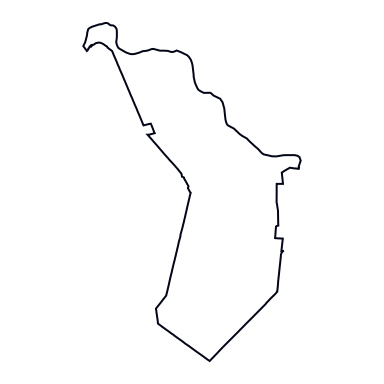 the district of Sanpetru Mare, Timis, Romania
{"feature_id": "2599482B83892227967248", "entity_name": "Sanpetru Mare", "entity_type": "district", "adm_level": 2, "iso_a3": "ROU", "parent_name": "Romania", "parent_adm1": "Timis", "projection": "mercator", "projection_center": [20.765, 46.07], "detail": "fine", "context": "isolated", "style": "outline", "palette": "ink", "viewbox_px": 384, "rotation_deg": 0, "n_neighbors": 0, "source": "geoboundaries", "source_scale": "gbopen_adm2", "svg_char_len": 4662}
<svg xmlns="http://www.w3.org/2000/svg" viewBox="0 0 384 384"><path d="M216.9,353.5L218.9,351.3L222.7,347.3L227.5,342.5L230.2,339.8L235.2,334.8L236.6,333.4L238.8,331.2L239.8,330.1L240.7,329.2L242.6,327.3L245.7,324.1L251.0,318.8L262.7,307.0L265.3,304.4L265.7,303.9L266.6,302.7L267.6,301.7L270.8,298.3L275.3,293.9L276.3,292.8L276.5,292.4L276.8,291.9L277.1,291.1L277.3,291.2L278.1,283.1L278.1,281.9L278.8,275.7L279.6,267.9L280.3,261.7L281.0,254.5L281.2,253.8L281.8,252.5L282.0,252.3L282.3,252.0L282.3,251.9L282.8,251.3L283.9,250.8L281.4,251.1L282.8,238.6L275.6,238.2L275.1,238.1L275.4,234.6L276.0,226.6L276.7,226.0L278.3,225.6L278.2,223.4L278.0,210.8L277.4,206.9L276.9,203.6L276.6,202.6L276.7,183.9L283.0,183.9L281.8,172.6L284.1,171.1L284.5,170.8L289.9,167.7L294.4,168.4L294.8,168.5L295.1,168.5L295.5,168.4L298.7,168.9L298.9,168.4L299.1,167.4L299.0,167.2L298.8,167.1L298.6,166.9L299.5,164.2L300.7,160.6L299.5,157.1L297.6,155.8L294.5,155.1L288.6,155.1L283.5,155.2L276.4,156.4L272.1,156.3L266.6,155.0L264.0,154.5L261.9,153.2L258.0,148.9L254.8,146.2L249.7,141.5L246.7,138.4L242.4,136.0L239.6,134.0L234.7,129.3L233.8,128.5L228.3,125.6L227.0,124.4L226.2,122.4L225.5,119.7L225.1,116.3L224.6,111.7L224.3,108.6L222.6,102.4L220.2,98.8L218.0,97.7L214.2,95.9L213.0,95.1L211.5,93.6L210.3,92.8L207.9,92.8L205.3,92.9L203.6,92.8L200.7,91.3L198.6,90.0L197.2,87.9L194.9,82.6L193.7,76.9L193.6,74.4L192.6,66.1L192.5,65.1L191.6,61.8L190.7,59.6L188.9,56.9L187.2,55.2L184.2,53.8L181.2,52.3L176.7,50.5L174.4,51.5L172.8,52.0L170.9,51.9L167.9,50.9L164.5,50.7L160.2,50.7L153.4,48.9L151.5,49.1L149.5,49.9L147.1,50.7L142.7,51.2L139.1,52.7L134.4,54.0L132.1,54.2L129.9,53.9L126.1,52.5L120.1,49.1L118.2,47.7L117.5,46.3L116.8,44.6L116.2,42.1L116.8,38.0L116.9,32.9L116.8,30.3L116.4,28.6L115.1,26.7L113.0,25.4L110.8,25.3L109.4,24.6L108.3,23.5L106.7,23.0L104.7,23.1L102.6,23.8L101.3,24.3L100.9,24.4L100.0,24.2L92.4,26.6L89.7,27.9L88.2,29.2L87.3,32.5L86.9,35.7L85.9,39.6L85.2,42.3L83.3,46.1L86.9,51.0L87.1,50.8L87.2,50.7L87.6,50.3L87.9,49.9L88.1,49.6L88.3,49.1L88.3,48.8L88.3,48.6L88.5,48.5L88.8,48.2L89.1,47.9L89.3,47.7L89.3,47.2L89.9,46.9L90.0,46.8L90.1,46.7L90.0,46.3L90.2,46.2L90.3,46.1L90.5,46.0L90.7,45.8L90.8,45.7L90.9,45.4L91.1,45.2L91.3,45.1L91.6,45.0L91.7,45.4L91.7,45.6L91.8,45.7L91.8,45.8L91.9,45.7L92.4,45.3L93.1,44.9L93.9,44.5L94.5,44.1L95.1,43.7L95.8,43.2L97.1,42.9L97.3,42.8L99.3,42.6L100.9,42.9L103.2,44.0L106.0,46.0L106.8,46.3L107.2,46.7L107.4,47.5L107.7,47.7L109.8,49.3L110.6,49.9L112.1,51.0L112.5,52.0L112.9,52.8L113.3,54.0L114.3,56.3L115.8,59.7L116.4,61.1L117.1,62.8L117.6,64.2L118.2,65.5L119.1,67.5L119.9,69.6L121.1,72.3L122.3,75.0L123.3,77.4L124.0,79.2L124.4,79.9L124.4,80.1L125.0,81.4L126.0,83.8L127.0,86.2L128.1,88.9L129.3,91.6L130.2,93.9L131.2,96.2L132.4,98.8L133.0,100.4L134.1,102.9L134.3,103.5L135.2,105.6L136.2,107.8L137.9,112.0L139.1,114.8L141.0,119.3L142.1,122.0L143.0,124.2L143.5,125.4L146.3,124.7L149.7,123.8L150.0,123.9L150.8,123.7L151.8,126.0L152.3,127.3L152.8,128.4L153.2,129.6L153.7,130.9L154.2,132.1L154.7,133.2L153.0,133.6L150.2,134.4L149.5,134.6L147.6,134.7L147.7,134.8L149.4,136.8L151.8,139.5L153.3,141.3L155.7,144.0L157.9,146.5L159.6,148.5L161.2,150.4L162.9,152.4L165.5,155.4L167.8,157.9L169.8,160.3L172.3,162.9L174.6,165.5L176.9,168.1L181.5,173.8L182.0,176.7L182.5,176.8L183.6,177.3L184.0,177.6L184.0,177.9L184.0,178.3L184.2,178.7L184.6,179.3L185.9,181.6L187.6,184.7L188.5,186.3L188.5,186.6L187.9,187.9L187.9,188.1L188.6,189.4L189.9,191.8L190.2,192.3L190.4,192.4L190.7,192.7L190.1,194.9L188.9,200.1L187.6,205.5L186.8,209.2L186.1,212.2L185.5,214.8L185.0,217.1L184.3,219.9L183.8,222.2L183.1,224.9L182.4,227.8L181.6,230.7L180.9,233.3L180.4,235.1L180.4,235.4L180.4,235.6L180.5,235.8L180.5,236.0L180.4,236.3L180.3,236.5L180.1,237.6L179.4,239.9L178.6,242.9L178.4,244.1L178.1,245.6L177.4,248.3L176.8,251.0L176.1,253.8L175.5,256.5L175.4,256.7L174.9,259.0L174.2,261.7L173.5,264.4L172.9,267.0L172.2,269.9L171.7,272.3L171.0,275.0L170.3,277.8L169.7,280.5L169.2,282.8L168.8,284.7L168.2,287.2L167.6,289.8L167.0,292.3L166.3,295.0L166.2,295.6L165.4,296.6L163.6,298.9L161.8,301.2L159.8,303.8L157.7,306.4L156.5,307.9L156.2,308.3L156.1,308.5L155.9,308.8L156.0,309.2L156.3,310.7L156.4,311.8L157.8,321.4L157.9,323.1L158.0,323.6L159.2,324.5L162.4,326.9L162.7,327.3L163.0,327.4L163.6,327.7L163.8,327.9L165.8,329.4L168.1,331.0L171.6,333.6L172.4,334.2L173.1,334.5L174.0,335.2L174.3,335.6L174.5,335.7L178.2,338.4L179.8,339.5L182.2,341.2L183.3,342.0L184.0,342.6L184.8,343.3L186.4,344.4L188.2,345.6L189.2,346.2L189.9,346.8L193.6,349.5L196.2,351.4L196.6,351.7L202.7,356.0L207.6,359.6L209.6,361.0L214.1,356.4L215.8,354.6L216.9,353.5Z" fill="none" stroke="#020617" stroke-width="2"/></svg>